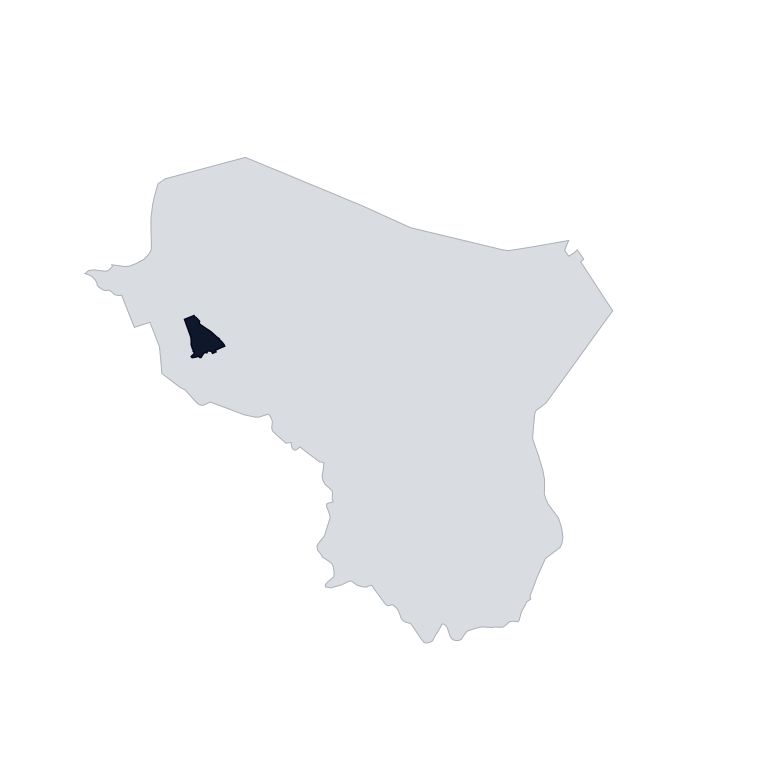 Al-Maimouna, Maysan, Iraq shown in context, rotated 159°
{"feature_id": "34846034B98238894977989", "entity_name": "Al-Maimouna", "entity_type": "district", "adm_level": 2, "iso_a3": "IRQ", "parent_name": "Iraq", "parent_adm1": "Maysan", "projection": "equal_earth", "projection_center": [46.821, 31.466], "detail": "fine", "context": "in_parent", "style": "filled", "palette": "ink", "viewbox_px": 768, "rotation_deg": 159, "n_neighbors": 0, "source": "geoboundaries", "source_scale": "gbopen_adm2", "svg_char_len": 4649}
<svg xmlns="http://www.w3.org/2000/svg" viewBox="0 0 768 768"><g transform="rotate(159 384 384)"><path d="M324.1,130.7L328.7,129.4L337.5,121.8L342.7,114.7L344.3,114.0L348.7,116.4L352.0,117.0L359.5,114.3L363.9,115.7L367.6,117.5L369.7,117.7L379.6,122.1L382.1,122.6L387.3,123.2L395.0,123.4L399.9,120.5L403.5,117.7L405.9,117.8L408.3,118.5L410.3,119.7L412.0,121.7L412.7,124.7L412.3,134.3L413.0,136.8L414.4,138.6L416.1,139.0L418.2,136.9L421.9,133.9L426.5,130.6L429.9,127.5L431.8,126.4L434.8,126.6L437.8,127.1L439.4,128.5L439.4,129.0L440.9,133.5L444.7,150.3L447.0,152.4L449.5,154.2L451.3,156.7L452.0,159.2L451.8,163.1L451.8,167.6L452.9,171.1L454.3,173.8L455.7,175.1L457.7,175.2L460.2,175.8L461.8,178.5L467.0,197.7L467.5,200.2L469.7,201.0L473.4,200.6L477.1,202.6L481.2,205.7L484.9,211.6L487.5,212.5L495.4,211.7L506.3,212.6L511.4,215.6L510.9,217.5L507.0,219.6L500.0,222.0L498.0,226.2L496.8,231.6L497.0,234.6L498.7,237.9L503.6,244.6L503.8,247.0L504.7,250.3L505.6,252.6L504.6,257.0L500.1,260.1L494.2,263.4L482.4,278.2L481.5,281.4L481.5,290.1L480.4,292.6L476.6,292.6L473.7,292.1L473.6,295.2L471.7,299.3L470.6,302.9L474.9,311.3L475.6,315.8L474.9,319.8L470.9,326.8L468.5,331.6L469.0,332.6L472.2,334.5L481.9,350.0L485.0,355.4L489.1,354.0L490.7,354.1L491.9,355.0L492.6,356.8L492.6,359.1L491.6,362.6L496.8,364.0L498.7,367.6L504.8,379.7L504.6,383.3L501.6,389.0L501.6,392.8L502.2,396.2L503.2,397.4L512.3,397.8L516.1,399.2L525.6,405.4L536.3,414.9L545.1,422.7L552.6,429.4L560.7,428.9L562.9,430.1L564.9,432.2L567.2,437.7L571.9,450.0L575.8,454.2L581.9,464.1L587.6,473.4L583.9,486.1L580.3,499.3L580.3,516.3L580.4,525.5L588.1,525.9L596.7,526.3L596.9,537.3L597.0,548.3L597.1,560.9L599.6,561.4L603.7,564.1L605.4,568.2L607.6,570.5L610.2,570.8L612.8,572.8L615.4,576.5L616.4,579.3L615.7,581.2L616.3,584.5L618.1,589.2L620.3,591.5L623.7,594.2L619.1,595.8L614.1,594.6L603.5,589.0L600.1,588.9L595.6,591.0L595.4,592.9L584.2,586.7L580.2,585.4L578.8,585.3L572.4,585.3L563.2,586.5L557.9,589.0L554.1,591.7L552.5,594.3L551.9,595.7L549.0,603.5L545.6,613.4L542.1,622.4L535.3,635.1L531.5,640.9L523.4,651.8L514.7,654.0L494.4,651.8L471.9,649.4L449.5,647.1L432.9,645.3L431.6,644.7L415.3,629.2L402.4,617.0L386.3,601.7L369.9,586.2L353.4,570.4L341.3,559.0L326.8,544.3L313.6,530.9L303.1,520.3L289.7,511.1L279.2,503.9L264.0,493.5L251.8,485.1L241.4,477.9L225.4,466.9L220.1,463.9L203.4,460.3L187.5,457.1L171.1,453.9L160.2,451.8L167.6,444.0L165.6,437.0L160.3,438.2L155.4,439.9L152.8,429.0L156.6,427.7L153.5,413.5L150.4,398.9L147.4,384.8L144.3,370.4L158.5,361.2L169.0,354.3L183.7,344.7L197.9,335.4L211.4,326.6L226.3,316.9L239.5,308.2L251.6,304.7L254.1,302.0L259.9,290.2L264.7,280.1L265.0,277.7L265.4,263.4L266.6,246.7L268.3,237.8L271.1,229.9L273.7,224.1L274.1,218.8L273.9,213.3L271.6,205.1L269.1,196.5L269.6,188.2L270.2,183.8L272.0,176.7L274.9,171.6L278.0,168.4L289.3,165.1L296.0,163.1L305.1,154.0L310.5,148.6L318.0,140.0L323.6,133.7L324.0,131.5L324.1,130.7Z" fill="#d9dde1" stroke="#a8b0b8" stroke-width="1"/><path d="M519.2,476.4L519.2,477.1L519.3,478.4L519.5,478.9L519.9,480.1L520.2,481.1L520.6,482.3L521.4,483.1L521.7,483.7L521.4,484.9L522.0,485.9L523.2,487.7L523.9,489.0L524.0,489.3L524.3,489.9L525.0,491.2L526.0,493.3L527.2,495.4L527.6,496.0L528.1,496.7L528.4,497.1L529.9,499.1L532.3,502.6L533.7,504.6L534.6,506.1L534.6,507.3L533.7,508.7L534.0,509.5L535.8,513.8L536.6,514.1L536.6,514.6L536.7,514.9L536.8,516.0L537.7,516.0L538.3,515.9L541.2,515.9L543.6,515.9L547.1,515.8L547.1,513.6L547.2,511.3L547.2,509.4L547.3,507.5L547.3,505.7L547.3,504.3L547.4,502.8L547.4,501.3L547.4,499.7L547.5,498.1L547.6,496.5L548.0,495.1L548.3,494.0L548.5,493.7L548.9,492.2L549.3,491.4L549.8,490.3L549.9,489.4L550.1,488.0L550.1,486.6L550.2,485.2L549.8,483.9L550.5,483.0L550.1,482.1L549.5,481.8L549.9,480.8L550.5,480.2L551.4,480.0L551.8,479.4L552.3,479.1L552.7,479.5L553.4,479.1L554.2,478.6L553.9,477.8L553.6,477.3L552.8,477.1L551.8,476.9L550.9,476.8L550.0,476.6L549.1,476.5L548.7,476.4L548.1,476.6L547.7,476.8L547.4,476.8L547.3,476.3L546.9,475.7L546.7,475.2L546.5,474.8L546.2,474.5L545.6,474.4L545.1,474.4L544.6,474.8L544.1,475.2L543.7,475.6L543.1,476.0L542.6,476.4L541.9,476.8L541.3,477.2L540.8,477.4L540.0,477.7L539.6,477.5L539.0,477.0L538.4,476.7L538.2,476.6L537.8,476.9L537.5,477.5L537.2,478.0L536.4,478.0L535.6,477.5L534.9,477.2L534.3,476.9L533.7,476.6L533.3,476.4L533.2,475.5L533.2,474.8L533.1,474.1L532.4,474.1L531.5,474.1L530.8,474.2L530.1,474.2L529.3,474.2L529.3,475.2L529.3,476.0L528.4,476.1L528.1,476.1L527.6,476.0L526.6,476.1L525.7,476.2L524.7,476.2L524.1,476.3L523.5,476.3L522.7,476.3L521.8,476.4L521.1,476.4L520.4,476.4L519.7,476.4L519.2,476.4Z" fill="#0f172a" stroke="#020617" stroke-width="1.5"/></g></svg>